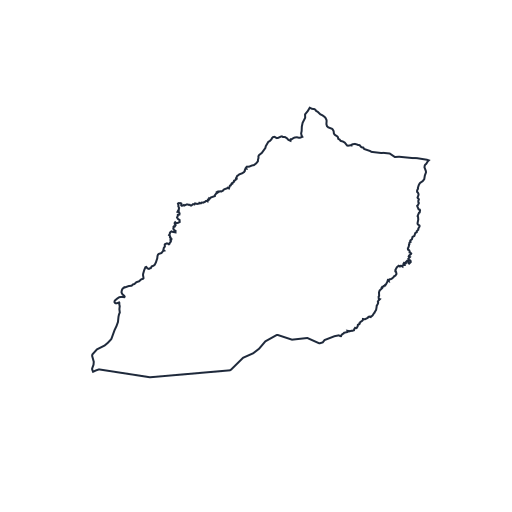 the district of Marcelândia, Mato Grosso, Brazil, rotated 154°
{"feature_id": "56859067B26303333068541", "entity_name": "Marcelândia", "entity_type": "district", "adm_level": 2, "iso_a3": "BRA", "parent_name": "Brazil", "parent_adm1": "Mato Grosso", "projection": "orthographic", "projection_center": [-54.125, -10.924], "detail": "fine", "context": "isolated", "style": "outline", "palette": "slate", "viewbox_px": 512, "rotation_deg": 154, "n_neighbors": 0, "source": "geoboundaries", "source_scale": "gbopen_adm2", "svg_char_len": 6113}
<svg xmlns="http://www.w3.org/2000/svg" viewBox="0 0 512 512"><g transform="rotate(154 256 256)"><path d="M404.7,263.6L406.2,261.7L409.0,257.2L412.2,254.1L415.6,251.4L422.3,244.9L423.1,244.5L427.3,242.9L431.3,241.9L439.9,241.8L446.1,239.3L446.7,238.7L447.1,237.9L448.2,232.0L449.7,229.5L452.6,226.7L453.0,225.8L453.2,223.4L449.8,223.3L446.8,222.9L404.5,193.5L329.6,164.7L328.2,164.8L312.2,170.2L301.2,169.8L293.9,171.3L285.0,175.2L272.1,175.9L271.1,175.5L260.3,165.0L245.8,159.8L237.7,150.1L237.0,149.6L233.9,149.1L231.2,150.4L220.6,149.5L216.4,148.4L215.3,147.0L214.7,146.7L214.2,147.3L212.4,148.0L211.4,147.9L210.5,148.4L207.2,147.6L206.5,147.8L206.5,148.6L205.8,148.1L205.4,147.4L204.7,147.5L203.8,147.0L203.0,147.0L202.5,146.6L200.5,146.3L199.9,147.1L198.4,148.0L197.7,147.2L197.0,147.2L195.4,148.3L194.6,149.5L193.0,149.4L192.6,150.2L192.0,150.2L191.2,150.9L188.9,151.2L188.0,151.6L187.5,152.5L185.9,151.4L182.7,151.4L181.7,152.0L180.7,151.9L180.2,151.1L179.7,150.8L179.2,151.3L178.3,151.2L177.2,151.5L175.0,152.9L174.2,153.1L173.8,153.6L171.7,154.9L169.8,157.5L169.5,158.2L167.2,159.8L166.6,160.6L166.6,161.4L165.8,162.1L163.6,162.9L164.4,163.7L163.7,165.6L162.8,166.2L161.4,169.4L160.0,170.8L156.8,171.8L156.9,172.5L155.9,173.0L154.8,172.6L154.2,173.1L152.9,172.8L152.5,173.5L151.8,173.4L149.3,175.2L148.3,176.3L147.7,175.4L147.5,176.5L146.8,176.1L146.2,176.5L145.1,176.1L143.9,176.1L141.6,176.7L140.7,177.3L139.4,177.2L137.6,178.3L137.1,180.2L137.5,180.9L137.0,181.3L137.0,182.2L134.4,184.1L132.1,184.7L131.3,183.5L130.7,183.9L130.0,183.7L129.0,182.3L128.6,183.1L127.7,183.3L126.2,182.7L125.9,183.5L126.6,184.5L125.9,185.0L124.4,183.9L123.8,184.9L122.4,185.4L121.8,184.6L122.1,182.8L121.7,182.0L119.6,182.7L119.2,183.7L119.3,184.4L119.8,185.0L120.8,184.6L120.4,186.7L118.1,187.6L118.9,188.7L118.2,189.3L115.9,189.8L115.4,190.2L115.8,191.3L116.4,191.9L115.9,192.7L115.8,194.0L116.6,195.1L116.1,196.4L115.4,196.7L113.8,198.5L113.5,199.2L112.9,199.4L112.7,200.1L112.2,200.7L111.6,200.9L110.9,200.9L110.9,201.7L110.5,202.3L108.5,202.7L106.9,204.6L104.9,204.6L102.8,206.8L101.1,206.9L100.7,207.8L98.6,208.5L98.1,209.5L96.1,210.8L95.7,211.7L96.7,213.5L96.5,214.6L94.2,217.6L93.2,220.1L93.3,221.0L90.6,223.4L89.8,223.4L88.5,225.2L88.5,225.9L89.4,226.6L89.2,230.4L88.1,230.8L86.4,232.2L86.5,233.2L85.9,234.5L84.9,235.3L84.8,236.3L85.2,237.0L85.2,237.7L83.3,239.5L82.8,240.3L82.7,242.1L83.1,242.8L82.8,243.8L81.8,244.9L80.9,245.4L80.6,246.3L78.7,248.3L77.2,249.4L76.3,249.8L73.4,250.2L71.1,251.3L68.9,254.4L66.6,256.6L66.1,257.8L65.7,261.9L64.7,263.3L63.9,263.9L62.6,264.2L60.1,265.8L58.8,266.2L60.2,267.6L68.6,273.5L72.7,275.6L83.9,282.5L87.8,284.1L90.9,289.5L96.2,292.8L98.2,293.6L106.6,299.0L107.4,300.3L111.6,304.5L112.0,305.1L112.0,306.4L113.2,307.2L113.8,308.1L114.3,310.2L115.8,311.2L116.2,311.8L118.0,313.4L120.3,314.1L121.3,314.1L121.7,313.5L122.3,314.0L125.0,314.8L125.7,315.4L126.5,319.0L127.7,320.8L129.5,322.4L129.8,324.0L130.7,325.2L130.3,326.9L130.5,327.8L132.1,330.5L132.3,331.9L131.5,334.2L131.6,336.2L131.9,337.0L134.7,340.0L135.3,341.6L134.9,343.7L133.3,346.5L133.0,347.5L133.0,349.7L133.4,351.0L134.6,353.3L136.1,355.2L137.3,358.5L138.4,360.1L138.4,360.8L139.0,362.3L141.2,363.8L142.7,365.7L145.9,363.6L149.8,361.8L151.2,358.7L155.7,355.3L158.1,352.2L160.2,348.3L161.7,346.4L162.2,344.4L162.1,342.8L164.5,343.0L165.5,343.4L167.2,344.8L169.2,345.5L170.5,345.6L172.9,345.3L173.6,345.7L174.5,344.4L176.0,346.2L176.6,348.3L177.8,350.2L179.7,351.2L180.2,352.1L180.9,352.4L184.7,352.5L185.8,353.0L187.1,355.0L188.6,355.4L190.0,354.9L191.0,354.1L193.2,353.3L194.9,353.2L199.1,350.4L200.2,349.0L205.6,346.1L208.9,345.4L210.1,344.6L210.8,343.0L212.0,341.7L212.8,340.3L215.2,339.2L218.0,338.6L219.8,339.1L222.9,339.3L225.2,340.3L226.1,339.8L226.3,338.7L227.0,339.3L228.4,338.1L228.6,337.4L229.3,337.2L229.8,336.7L232.1,336.4L235.3,336.7L236.7,336.3L237.7,336.3L239.2,335.1L239.4,334.1L240.1,334.4L240.6,333.5L242.1,333.2L242.7,333.3L243.1,332.4L244.0,332.3L244.8,331.9L245.4,332.0L245.7,331.4L246.3,331.7L247.8,330.5L248.6,330.7L250.7,328.6L251.5,329.8L252.4,329.5L254.4,329.8L256.0,329.8L257.1,329.2L259.1,329.2L259.8,329.9L260.6,329.9L261.2,330.4L262.4,330.7L263.1,330.6L262.7,329.8L264.7,329.5L266.4,328.6L266.7,327.9L270.9,328.4L272.4,327.8L272.8,328.4L273.4,327.7L274.3,327.8L274.3,327.0L275.2,327.0L275.6,326.4L276.0,327.0L276.9,327.4L278.3,327.0L279.0,327.2L279.7,327.0L281.6,327.9L282.3,327.5L283.0,327.8L283.6,328.6L284.2,328.1L286.1,328.6L287.7,330.0L288.7,329.3L289.8,330.2L292.0,329.7L292.7,330.1L293.1,331.1L294.0,331.4L294.7,332.2L295.6,332.7L298.4,332.8L298.5,333.5L300.6,333.6L301.0,334.3L300.1,335.9L300.5,336.5L302.5,337.5L303.2,337.3L303.4,335.6L304.0,334.9L304.1,332.8L304.9,332.0L305.1,331.2L305.9,331.1L307.2,330.1L305.9,329.1L306.1,327.6L306.7,326.8L308.2,327.3L308.7,326.4L310.1,325.2L309.9,323.5L308.9,321.9L309.7,320.0L311.6,320.0L312.7,320.3L313.3,320.6L313.8,321.8L314.7,321.3L315.0,320.3L314.7,319.0L316.1,318.1L316.7,318.7L317.4,318.4L317.7,317.5L318.2,317.1L318.4,316.3L318.1,314.9L317.3,313.9L318.0,312.5L320.7,314.5L321.2,315.2L322.4,315.0L323.3,314.5L323.7,313.7L325.0,312.9L324.6,312.0L324.6,311.1L325.1,310.5L324.7,309.5L325.3,308.9L324.6,308.2L325.2,307.6L326.0,307.5L326.2,306.3L327.9,305.5L328.4,304.9L329.2,304.7L330.0,306.0L330.8,306.5L331.6,306.4L332.3,306.6L333.0,306.3L333.8,304.4L335.2,303.8L336.6,302.1L336.2,301.1L337.2,301.3L339.7,300.1L342.5,300.5L343.5,300.2L344.6,299.1L345.7,297.3L348.7,294.2L350.9,292.5L352.5,292.2L354.3,292.4L355.9,291.2L357.0,291.5L357.7,291.3L358.3,291.6L359.1,292.7L359.4,294.3L360.3,294.4L362.7,292.3L365.3,289.4L365.9,288.4L366.8,285.4L367.7,285.0L369.0,285.3L370.0,285.2L372.1,284.5L375.0,284.9L377.6,284.1L379.1,284.4L380.8,283.8L383.6,284.8L387.4,285.2L388.0,285.7L389.0,285.2L389.8,285.3L391.0,284.6L392.2,283.3L392.9,282.1L392.8,280.0L391.9,278.0L391.9,277.0L392.4,276.7L394.6,278.1L396.9,278.9L399.3,278.6L402.1,277.9L402.7,277.6L403.4,276.7L403.2,275.4L402.6,274.8L401.1,274.4L399.4,274.3L399.4,273.6L399.9,273.1L400.5,270.6L402.1,268.1L403.2,264.9L404.7,263.6Z" fill="none" stroke="#1e293b" stroke-width="2"/></g></svg>